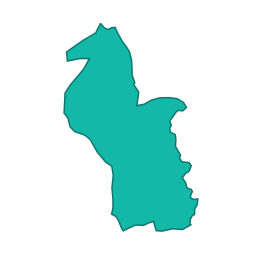 Palodeia, Limassol, Cyprus, rotated 84°
{"feature_id": "46923920B73040476031074", "entity_name": "Palodeia", "entity_type": "district", "adm_level": 2, "iso_a3": "CYP", "parent_name": "Cyprus", "parent_adm1": "Limassol", "projection": "orthographic", "projection_center": [32.99, 34.743], "detail": "fine", "context": "isolated", "style": "filled", "palette": "teal", "viewbox_px": 256, "rotation_deg": 84, "n_neighbors": 0, "source": "geoboundaries", "source_scale": "gbopen_adm2", "svg_char_len": 1311}
<svg xmlns="http://www.w3.org/2000/svg" viewBox="0 0 256 256"><g transform="rotate(84 128 128)"><path d="M26.6,130.1L26.5,133.9L28.1,137.4L26.0,141.0L21.4,144.2L21.3,144.6L30.1,150.2L36.1,163.5L45.9,181.1L55.1,181.3L53.9,168.6L54.9,159.1L64.7,165.9L72.2,173.6L78.9,180.7L86.6,186.9L106.5,190.0L111.7,186.7L120.7,185.5L125.9,181.5L126.2,180.9L130.7,171.5L135.5,166.8L148.9,161.0L159.7,153.7L164.3,148.1L173.7,147.6L185.6,150.2L196.9,150.4L205.4,151.2L211.9,153.3L215.1,148.9L218.8,147.2L228.2,144.5L229.8,143.4L227.5,137.5L225.3,130.4L226.5,122.8L224.6,117.5L223.6,112.4L233.1,110.7L234.1,104.6L232.9,94.1L234.7,84.3L230.8,75.6L230.0,76.3L225.8,75.8L221.8,73.2L221.0,70.9L215.5,70.1L211.6,67.2L205.8,66.0L205.9,70.6L203.6,73.2L201.1,72.5L197.9,70.6L195.6,71.6L194.1,75.4L188.3,76.5L183.1,79.2L179.5,75.8L177.1,71.5L172.0,69.0L171.9,69.2L168.9,70.8L167.2,78.0L163.3,79.9L160.6,78.6L155.2,81.0L151.2,82.7L144.3,81.6L139.6,81.7L136.6,86.2L132.7,86.5L129.9,84.6L125.2,85.8L123.0,83.6L117.3,78.6L115.7,76.3L116.7,71.7L113.6,67.7L108.4,70.2L104.0,76.0L102.1,83.9L101.3,93.2L102.7,101.8L106.0,109.2L106.7,116.9L102.6,115.8L93.3,113.6L85.4,117.8L83.8,116.5L75.8,118.4L69.5,117.8L60.5,117.4L52.6,118.5L46.6,121.4L41.1,124.7L32.5,128.4L27.2,130.1L26.6,130.1Z" fill="#14b8a6" stroke="#0f766e" stroke-width="1.5"/></g></svg>